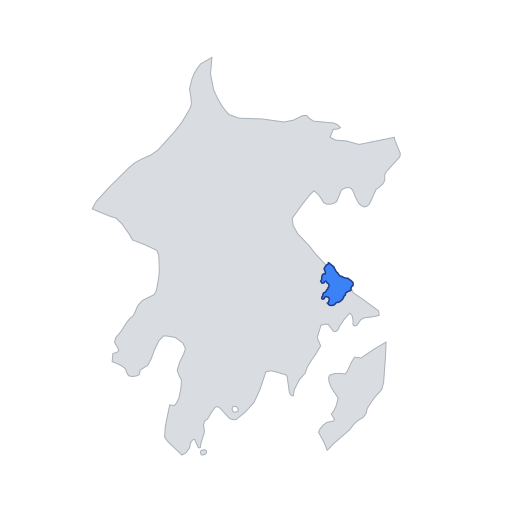 location of Jabrayil District, Cəbrayıl, Azerbaijan, rotated 261°
{"feature_id": "54616110B25171122868047", "entity_name": "Jabrayil District", "entity_type": "district", "adm_level": 2, "iso_a3": "AZE", "parent_name": "Azerbaijan", "parent_adm1": "Cəbrayıl", "projection": "natural_earth1", "projection_center": [46.975, 39.317], "detail": "fine", "context": "in_parent", "style": "filled", "palette": "blue", "viewbox_px": 512, "rotation_deg": 261, "n_neighbors": 0, "source": "geoboundaries", "source_scale": "gbopen_adm2", "svg_char_len": 4841}
<svg xmlns="http://www.w3.org/2000/svg" viewBox="0 0 512 512"><g transform="rotate(261 256 256)"><path d="M351.6,411.2L349.5,411.1L334.6,414.6L331.4,413.5L318.6,397.5L315.9,395.8L310.4,395.0L307.2,392.4L304.5,388.1L303.0,385.0L289.7,376.3L287.8,373.2L287.5,370.4L289.4,367.9L291.6,365.8L298.1,363.6L305.6,361.8L308.0,360.4L309.2,358.1L309.2,354.5L307.9,350.8L297.1,344.2L295.9,341.4L295.5,337.9L296.1,334.3L297.8,331.4L306.6,327.5L311.3,323.5L308.3,319.1L298.8,308.8L287.5,297.6L279.9,297.5L271.3,300.8L257.4,310.4L249.7,314.5L239.7,321.3L228.8,328.8L219.9,336.8L214.3,343.4L204.4,346.3L199.3,351.9L182.7,368.5L178.0,368.3L177.7,360.1L178.0,353.5L176.9,349.8L171.6,344.6L171.5,342.4L172.9,341.0L177.1,341.8L182.4,341.5L184.9,339.5L179.2,332.7L174.2,328.1L169.9,325.1L169.0,323.2L169.0,321.9L169.9,320.4L177.2,316.6L177.9,313.2L177.4,309.3L165.8,303.7L157.1,305.8L149.4,299.4L144.4,294.5L138.2,289.2L132.6,286.3L127.3,279.7L118.0,272.9L112.1,270.9L112.2,269.9L113.3,268.6L115.8,267.6L132.3,267.9L134.3,266.6L135.4,263.7L137.6,259.4L140.3,253.0L140.1,247.7L123.5,239.0L111.5,231.0L103.3,220.6L97.7,211.0L97.9,207.7L99.5,204.7L112.4,195.9L113.3,193.6L113.0,192.0L108.5,187.5L102.7,182.8L100.9,179.4L97.3,177.7L90.4,177.6L78.4,171.8L75.8,171.3L75.3,170.1L75.9,169.0L84.5,166.7L84.4,164.8L81.8,162.2L76.9,160.4L72.5,155.9L71.0,151.7L86.6,139.8L91.2,137.4L101.4,139.6L122.5,147.5L121.0,151.9L123.2,154.4L128.0,157.8L137.3,161.2L145.2,163.0L149.2,161.5L155.3,160.2L163.2,164.1L170.4,169.1L174.0,171.1L176.0,171.8L181.5,170.1L188.1,163.6L190.8,155.9L191.5,152.1L187.6,147.0L179.7,141.4L170.8,136.4L165.1,132.1L161.4,123.6L157.8,122.6L156.8,121.5L156.2,118.6L156.4,114.5L157.7,111.4L161.3,110.0L164.9,109.5L168.2,106.5L172.3,100.7L174.1,97.4L181.9,99.3L182.9,104.5L184.3,105.6L187.5,105.0L192.8,102.8L197.1,104.5L202.6,110.8L210.1,117.4L214.2,121.8L215.8,124.9L219.7,127.9L225.4,131.4L229.9,136.8L233.9,149.6L238.0,152.5L252.7,157.4L257.8,158.4L272.2,160.1L277.2,158.8L284.6,147.8L291.2,136.5L297.4,134.2L308.6,128.7L315.3,123.6L318.1,118.0L324.4,107.5L328.2,101.6L334.9,106.8L346.4,121.1L363.0,144.2L367.0,150.8L369.7,158.4L372.1,167.6L375.9,175.7L392.7,196.3L399.9,203.9L411.8,213.7L416.0,215.9L421.4,216.5L431.5,216.5L440.8,220.4L445.4,223.1L450.2,227.0L454.5,231.5L459.0,243.5L442.8,239.5L426.5,240.2L417.4,242.8L408.5,246.3L400.0,251.3L394.7,261.0L390.4,283.5L384.0,304.5L384.3,314.2L387.3,323.6L387.0,328.0L384.0,329.9L380.2,333.9L375.3,353.2L372.9,357.1L369.6,359.5L368.7,357.2L368.9,352.1L361.7,347.7L358.0,352.7L355.5,363.3L350.3,374.5L350.1,376.7L351.6,411.2ZM110.4,213.0L111.1,210.0L109.1,208.6L107.0,208.5L105.1,210.0L105.1,213.8L107.6,214.5L110.4,213.0ZM56.5,300.7L54.1,297.6L53.0,295.9L60.2,294.4L72.2,290.2L75.4,292.3L78.9,296.5L80.6,300.1L80.9,306.8L82.3,307.9L88.1,305.7L90.7,308.4L95.2,311.6L102.9,314.9L114.2,309.8L119.7,308.5L124.3,308.6L126.8,310.2L127.6,315.4L126.7,321.9L125.4,325.4L127.7,328.0L136.9,334.2L140.7,337.7L138.8,343.6L145.6,358.2L147.9,364.0L150.6,371.0L136.6,368.2L111.3,362.3L104.4,359.3L97.8,351.1L93.9,347.2L88.2,342.1L83.4,340.2L79.9,336.7L77.8,331.5L74.9,326.8L69.7,321.3L58.1,302.6L56.5,300.7ZM72.4,175.7L70.8,176.7L68.5,175.7L67.8,173.4L68.0,170.9L70.3,170.4L72.3,171.1L72.8,173.2L72.4,175.7Z" fill="#d9dde1" stroke="#a8b0b8" stroke-width="1"/><path d="M198.3,319.2L197.9,319.5L197.1,319.9L196.5,320.3L195.9,321.0L195.6,321.7L195.3,323.0L195.3,323.7L195.3,324.9L195.6,325.8L196.2,326.6L196.8,327.2L197.2,327.9L197.4,328.5L197.5,329.3L197.3,330.2L197.6,331.1L198.1,332.4L198.8,333.2L199.4,334.4L200.5,335.4L201.5,336.1L202.5,336.5L202.8,337.2L202.9,337.3L203.2,337.9L204.4,338.4L205.3,338.8L205.8,339.6L206.3,340.6L206.6,341.4L206.9,342.7L206.9,343.8L207.2,344.4L207.6,344.5L208.8,344.6L209.7,344.8L211.1,345.9L211.4,347.0L212.6,347.5L213.7,347.6L215.0,347.5L215.8,346.7L217.4,345.6L217.8,344.8L219.6,343.4L220.0,341.4L220.4,340.5L220.9,339.5L221.9,338.2L222.5,337.3L222.9,336.4L223.5,335.5L224.5,334.9L225.4,334.5L226.8,333.9L227.6,333.0L228.5,332.6L230.5,332.0L231.6,331.4L233.0,331.3L235.0,329.5L236.3,328.2L237.5,327.4L238.0,326.5L237.4,326.5L236.8,326.0L236.5,324.9L235.3,323.5L234.8,322.8L233.9,322.1L232.9,321.3L231.9,321.4L230.4,321.8L228.9,322.0L227.7,321.6L227.8,320.7L227.7,319.6L227.1,318.8L226.2,318.1L224.9,317.7L224.0,317.5L222.3,317.1L221.0,315.9L220.7,316.1L219.9,316.4L218.8,317.0L218.8,318.8L219.1,319.3L220.1,320.1L220.2,321.1L219.4,321.6L218.3,322.0L217.5,322.9L216.6,323.5L215.2,323.5L214.1,323.0L213.2,322.0L212.3,321.8L212.0,321.2L211.2,320.2L210.0,319.7L209.3,318.5L209.2,317.4L208.6,316.6L208.0,316.3L207.1,315.9L206.0,315.6L205.4,314.8L204.0,314.3L203.0,314.8L202.9,315.8L203.3,316.8L204.0,317.1L204.7,317.8L205.0,318.6L204.6,319.6L204.2,320.7L202.9,321.6L202.2,321.6L201.5,321.6L200.0,320.8L198.5,320.0L198.3,319.2Z" fill="#3b82f6" stroke="#1e3a8a" stroke-width="1.5"/></g></svg>